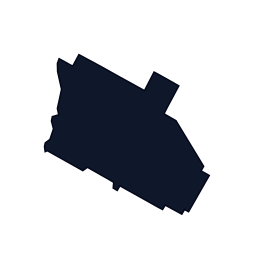 Lee, Alabama, United States of America (Equal Earth projection), rotated 210°
{"feature_id": "52423323B36009531708683", "entity_name": "Lee", "entity_type": "district", "adm_level": 2, "iso_a3": "USA", "parent_name": "United States of America", "parent_adm1": "Alabama", "projection": "equal_earth", "projection_center": [-85.313, 32.581], "detail": "fine", "context": "isolated", "style": "filled", "palette": "ink", "viewbox_px": 256, "rotation_deg": 210, "n_neighbors": 0, "source": "geoboundaries", "source_scale": "gbopen_adm2", "svg_char_len": 714}
<svg xmlns="http://www.w3.org/2000/svg" viewBox="0 0 256 256"><g transform="rotate(210 128 128)"><path d="M33.9,122.5L33.9,127.5L43.3,127.4L43.3,132.6L90.1,158.3L103.9,158.3L104.3,165.0L105.1,189.9L126.1,189.7L133.4,189.5L132.4,168.6L162.1,168.0L183.2,167.7L207.2,167.0L206.8,154.4L208.0,153.9L210.3,153.8L222.3,153.6L221.4,148.6L217.2,141.7L213.9,138.1L204.9,128.3L201.6,118.1L198.9,109.6L194.6,104.8L199.2,100.0L197.8,95.8L192.1,90.0L189.9,79.1L192.2,73.8L191.0,70.1L187.9,66.1L186.5,68.0L145.8,68.5L143.5,73.7L126.3,73.8L120.6,73.9L113.2,73.8L110.8,68.6L106.1,68.5L106.1,73.9L61.9,74.5L57.3,74.7L57.2,79.8L38.3,80.3L38.3,85.6L33.7,85.8L33.9,122.5Z" fill="#0f172a" stroke="#020617" stroke-width="1.5"/></g></svg>